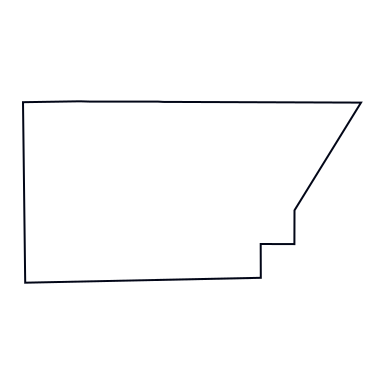 outline of De Witt, Illinois, United States of America
{"feature_id": "52423323B29200819911561", "entity_name": "De Witt", "entity_type": "district", "adm_level": 2, "iso_a3": "USA", "parent_name": "United States of America", "parent_adm1": "Illinois", "projection": "equal_earth", "projection_center": [-88.9, 40.166], "detail": "fine", "context": "isolated", "style": "outline", "palette": "ink", "viewbox_px": 384, "rotation_deg": 0, "n_neighbors": 0, "source": "geoboundaries", "source_scale": "gbopen_adm2", "svg_char_len": 266}
<svg xmlns="http://www.w3.org/2000/svg" viewBox="0 0 384 384"><path d="M25.2,282.7L260.8,277.8L260.7,244.0L294.4,244.1L294.5,210.3L361.0,102.6L163.1,101.9L158.0,101.6L90.2,101.6L80.0,101.3L23.0,102.2L25.2,282.7Z" fill="none" stroke="#020617" stroke-width="2"/></svg>